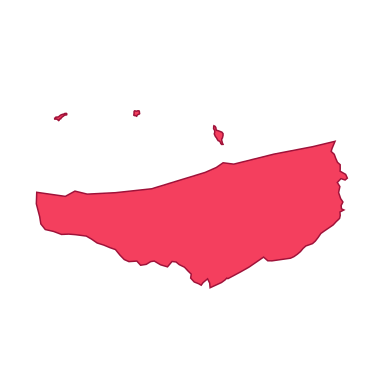 Yan, Kedah, Malaysia (Robinson projection), rotated 81°
{"feature_id": "92858781B20286936830399", "entity_name": "Yan", "entity_type": "district", "adm_level": 2, "iso_a3": "MYS", "parent_name": "Malaysia", "parent_adm1": "Kedah", "projection": "robinson", "projection_center": [100.352, 5.848], "detail": "fine", "context": "isolated", "style": "filled", "palette": "rose", "viewbox_px": 384, "rotation_deg": 81, "n_neighbors": 0, "source": "geoboundaries", "source_scale": "gbopen_adm2", "svg_char_len": 2712}
<svg xmlns="http://www.w3.org/2000/svg" viewBox="0 0 384 384"><g transform="rotate(81 192 192)"><path d="M283.2,170.1L278.5,156.5L275.0,147.2L267.5,131.5L271.8,127.9L272.5,123.7L272.8,105.1L271.8,101.5L270.0,97.8L267.8,94.2L265.1,91.1L263.1,88.0L262.3,83.5L261.8,81.0L259.8,77.9L256.6,74.5L253.1,71.2L251.1,67.2L246.6,57.7L243.9,54.3L241.2,50.4L238.4,49.3L234.9,49.0L233.5,44.8L232.0,47.0L228.7,46.8L226.1,44.9L225.5,44.5L221.8,46.2L215.5,47.3L209.8,45.1L205.3,47.0L202.1,42.8L204.1,38.9L202.6,36.4L198.6,37.5L194.6,42.5L192.4,42.0L188.2,41.4L185.4,43.7L181.2,44.8L177.0,45.6L173.7,48.2L170.8,46.8L164.3,42.8L166.1,65.5L167.4,105.3L171.0,146.4L168.0,156.7L171.6,164.2L174.7,175.9L182.5,231.4L180.7,267.7L177.7,295.8L172.8,307.5L176.5,317.8L168.0,345.4L179.3,347.6L192.5,346.3L199.9,346.3L206.1,342.8L209.3,334.9L213.5,327.5L214.3,320.4L215.9,313.8L219.0,303.3L222.9,298.5L227.5,293.7L230.6,287.5L234.1,281.8L236.9,276.6L243.1,273.0L248.1,269.5L250.9,265.2L251.6,257.3L256.3,254.2L256.3,248.5L254.3,243.7L254.3,240.1L259.0,234.4L262.1,227.9L257.5,222.6L258.6,218.7L261.7,216.0L265.1,211.2L269.5,208.2L273.0,205.6L276.8,206.8L281.2,203.9L283.7,199.7L285.5,197.5L283.2,195.2L280.2,190.2L284.7,188.8L289.4,189.1L286.0,177.0L284.0,173.1L282.5,171.1L283.2,170.1ZM144.2,154.3L143.4,153.5L141.0,152.5L139.2,152.2L137.6,153.1L136.8,154.4L136.1,155.6L135.4,156.9L134.9,158.1L133.6,158.5L132.7,158.3L131.7,158.5L130.7,159.0L130.0,160.0L130.9,160.4L132.1,160.6L132.9,160.8L134.3,160.2L134.9,160.0L136.5,160.2L138.1,160.9L140.9,160.2L142.2,159.4L144.2,158.7L145.4,158.1L146.1,156.9L147.3,156.2L148.6,156.0L149.7,155.2L149.8,153.9L148.3,154.3L147.0,154.4L145.8,154.6L144.2,154.3ZM98.6,316.0L98.7,315.1L98.8,314.6L99.0,313.9L99.4,313.6L99.7,313.3L100.0,312.9L100.3,312.8L100.6,312.6L100.5,312.1L100.1,312.0L99.7,311.8L99.3,311.5L99.2,311.1L99.3,310.5L99.1,310.1L98.7,310.0L98.2,309.2L97.8,308.7L97.4,308.2L97.2,307.6L96.9,307.0L96.6,306.5L96.3,306.1L96.2,305.6L96.2,305.2L96.2,304.7L96.2,304.2L96.2,303.8L95.6,303.5L95.4,303.4L94.9,303.7L94.6,304.0L94.6,304.4L94.6,305.1L94.6,305.8L94.9,306.2L95.0,306.7L95.1,307.2L95.0,307.7L95.4,309.5L95.7,310.1L96.0,310.7L96.3,311.2L96.7,311.7L96.9,312.2L96.9,312.9L96.9,313.4L96.8,314.0L96.7,314.6L97.0,314.9L97.3,314.9L97.6,315.4L97.6,316.1L98.5,316.2L98.6,316.0ZM106.2,231.4L105.6,231.5L104.3,231.4L103.7,231.5L103.4,232.2L103.3,232.7L103.4,233.7L103.5,234.1L103.4,234.6L103.1,235.3L102.9,235.6L102.9,236.1L103.4,236.6L104.0,236.7L105.3,237.0L105.7,237.0L106.7,237.4L107.2,237.4L107.5,236.9L107.7,236.3L107.7,235.7L108.1,235.4L108.5,234.8L108.1,234.5L107.4,234.0L107.1,233.5L107.0,232.8L106.8,232.2L106.7,231.7L106.2,231.4Z" fill="#f43f5e" stroke="#9f1239" stroke-width="1.5"/></g></svg>